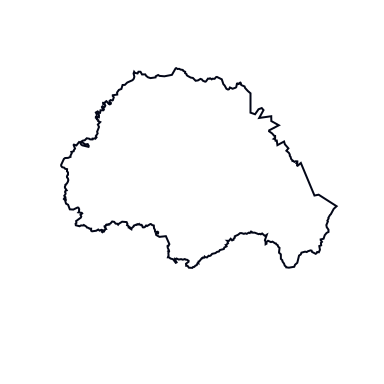 the district of La Yesca, Nayarit, Mexico, rotated 139°
{"feature_id": "50627088B10803570714070", "entity_name": "La Yesca", "entity_type": "district", "adm_level": 2, "iso_a3": "MEX", "parent_name": "Mexico", "parent_adm1": "Nayarit", "projection": "orthographic", "projection_center": [-104.035, 21.59], "detail": "fine", "context": "isolated", "style": "outline", "palette": "ink", "viewbox_px": 384, "rotation_deg": 139, "n_neighbors": 0, "source": "geoboundaries", "source_scale": "gbopen_adm2", "svg_char_len": 6028}
<svg xmlns="http://www.w3.org/2000/svg" viewBox="0 0 384 384"><g transform="rotate(139 192 192)"><path d="M162.7,97.1L162.2,95.8L162.8,94.2L162.6,92.4L165.9,89.4L166.2,88.6L165.8,87.3L166.0,86.5L168.8,83.2L168.6,81.3L169.3,80.1L169.5,77.6L170.3,75.6L170.0,73.7L170.3,73.3L168.5,71.3L163.9,68.5L161.9,69.5L159.0,69.5L152.9,73.8L150.9,73.5L149.2,74.4L145.8,72.8L144.8,71.4L143.6,71.3L140.9,70.2L140.2,69.3L140.7,68.0L139.2,64.2L138.0,64.1L136.9,64.6L135.8,63.3L133.3,64.5L131.4,67.7L129.5,67.0L128.1,69.0L126.6,69.1L126.5,71.1L126.0,71.8L123.4,70.4L120.2,72.3L117.3,72.8L115.2,72.3L113.7,74.1L113.4,77.0L112.3,78.9L108.8,80.6L108.7,81.5L106.3,82.4L106.1,83.0L103.0,84.1L101.9,84.1L96.1,86.3L92.2,86.4L98.2,106.9L101.9,109.0L90.8,142.5L95.1,142.5L95.3,143.1L94.0,144.4L94.3,145.1L92.9,145.4L92.4,146.0L93.6,147.2L95.0,147.6L95.2,149.2L95.8,149.5L95.5,150.0L95.5,151.9L94.5,154.0L94.5,155.1L93.6,156.2L93.2,158.0L93.7,161.2L90.6,161.7L90.6,167.1L89.4,169.7L96.8,171.3L94.3,175.2L95.3,175.9L94.6,177.3L95.4,178.5L93.6,178.5L92.5,179.8L93.1,180.5L93.1,183.6L94.0,187.3L93.3,187.9L82.7,185.4L85.6,193.5L82.5,197.2L92.7,203.8L84.3,206.9L84.3,209.6L87.5,210.8L93.4,209.3L95.8,213.5L83.1,228.1L83.6,231.6L83.7,235.6L83.1,237.2L84.6,240.3L84.5,241.2L83.8,241.9L83.7,242.8L84.4,243.1L85.8,242.8L86.6,243.3L86.4,244.0L87.0,244.3L89.7,242.2L90.6,242.1L93.6,243.3L94.8,246.0L96.6,245.3L97.6,245.7L98.3,247.3L97.5,251.0L97.6,252.7L95.6,257.5L97.7,262.5L98.5,262.9L100.7,262.6L102.3,264.1L103.2,264.1L103.8,266.0L104.8,266.2L105.5,267.1L108.9,266.3L109.7,266.6L110.8,268.9L110.7,270.5L111.4,271.8L114.3,272.3L116.3,273.6L116.5,277.5L117.9,279.2L119.2,282.7L119.3,283.6L118.8,284.7L119.2,286.3L118.3,287.2L119.1,289.1L118.9,290.2L120.3,291.9L120.9,293.4L122.2,294.3L122.7,295.9L123.4,296.0L130.3,293.6L136.9,297.4L140.3,300.9L140.8,302.5L143.4,303.1L144.3,302.4L148.6,305.2L150.0,307.5L150.4,309.9L150.1,311.4L152.6,313.5L152.0,316.5L153.5,317.9L155.3,317.2L156.9,319.3L156.8,320.7L158.3,319.8L159.9,316.8L161.6,315.7L163.5,315.4L169.1,317.1L172.4,316.9L174.2,318.3L177.7,316.1L180.2,317.0L183.2,316.3L184.5,314.6L188.3,317.0L188.8,316.5L188.9,314.8L191.5,313.2L192.0,313.3L193.2,314.8L194.7,314.7L195.1,313.7L194.8,312.3L195.6,311.8L196.6,312.1L197.0,312.9L197.0,316.7L198.0,316.9L199.4,316.5L200.6,317.6L201.3,316.7L200.4,315.2L200.8,314.0L202.6,313.4L203.3,315.4L204.2,315.3L204.6,314.5L204.5,312.0L205.2,311.8L207.4,313.7L209.4,312.1L210.2,313.1L210.3,314.7L212.4,315.1L212.9,313.3L211.0,312.6L212.0,310.8L213.3,309.4L214.0,310.1L214.0,311.9L215.1,311.9L215.9,311.1L215.5,309.7L216.1,309.2L215.6,307.7L216.3,307.0L215.4,305.0L218.8,304.7L219.5,302.1L224.1,299.7L224.8,298.1L227.9,297.3L228.2,295.9L229.5,295.7L229.4,296.1L231.1,296.6L232.0,297.5L232.6,297.0L234.4,298.6L234.6,299.6L236.2,301.6L239.0,301.4L240.7,302.4L242.6,302.7L241.3,297.9L239.3,296.6L239.7,294.5L240.5,294.0L244.2,299.2L244.5,300.6L243.9,302.8L244.4,303.8L248.7,303.0L250.0,305.2L250.5,305.1L251.8,301.5L253.4,301.2L254.6,300.4L256.8,301.4L257.1,300.3L260.1,299.0L260.6,298.2L263.2,299.1L265.5,300.9L267.0,301.0L273.0,298.3L273.6,297.5L273.7,295.9L272.5,294.2L272.5,292.7L271.3,291.2L272.8,289.6L272.7,288.2L274.3,286.3L275.1,286.4L276.3,285.7L276.8,284.9L276.7,283.7L277.5,282.2L278.9,281.2L280.9,280.5L282.8,280.5L283.0,280.0L284.2,279.6L285.1,278.6L285.5,275.5L286.5,275.9L287.8,275.3L288.2,274.0L289.0,273.4L290.9,272.9L290.9,271.2L291.4,270.5L292.2,271.1L293.3,270.8L293.2,269.3L292.4,269.4L292.4,268.7L293.6,268.2L294.7,265.9L293.9,263.6L295.6,259.1L293.1,256.6L288.6,255.4L288.0,254.7L288.4,253.1L290.3,251.2L291.0,251.1L288.9,248.6L288.9,247.9L291.2,247.9L291.6,246.2L292.7,245.6L298.5,246.1L299.5,244.5L300.7,244.4L301.5,243.1L299.3,239.9L297.7,239.6L296.1,238.1L295.3,238.1L294.4,235.0L294.6,234.2L293.5,232.5L293.5,231.6L292.2,230.5L293.5,229.0L293.2,227.9L289.7,225.6L287.4,225.2L287.1,223.5L285.3,223.0L284.8,222.4L285.0,221.5L286.1,221.1L286.0,220.4L284.7,220.4L285.0,220.2L284.3,219.9L283.3,220.8L282.9,220.4L281.4,220.9L281.1,220.6L280.6,222.2L281.0,222.5L280.5,223.5L279.2,223.1L278.6,223.5L278.0,223.1L278.4,223.9L277.1,222.9L274.4,221.7L271.6,222.1L270.3,220.5L270.4,218.3L269.2,217.0L269.2,215.8L267.9,216.0L264.2,215.4L261.1,212.2L261.7,210.2L262.8,209.6L262.3,207.9L263.0,206.9L262.5,206.6L262.8,206.4L262.3,205.6L262.7,205.3L262.2,203.6L261.3,204.3L258.5,204.3L258.0,204.8L254.8,203.7L255.0,203.4L253.2,202.7L253.5,202.4L251.8,200.5L252.1,200.1L251.6,199.4L252.3,197.7L251.6,196.9L250.7,196.5L248.6,196.8L248.3,195.8L244.4,195.1L243.9,194.4L243.8,193.2L242.8,191.8L244.5,189.5L244.7,188.0L245.9,186.3L245.2,185.3L244.0,184.6L243.9,183.8L244.7,183.1L245.2,183.8L246.6,184.2L247.2,183.0L246.0,179.5L240.7,175.8L243.3,167.5L245.0,166.8L245.4,167.3L245.9,167.3L246.9,165.8L247.7,163.1L248.7,163.0L248.5,162.1L249.8,161.6L251.2,159.6L253.0,158.5L252.2,157.8L251.9,155.9L250.4,153.7L250.7,149.2L249.8,149.0L249.2,151.7L248.6,152.6L248.2,151.9L247.3,151.9L246.3,149.7L244.3,148.5L243.3,146.9L241.4,146.1L241.3,145.3L240.2,144.1L239.7,142.3L240.4,141.6L243.6,141.8L244.8,140.1L243.8,139.3L244.0,136.9L241.5,134.5L240.3,134.7L239.4,134.0L237.6,134.2L236.5,133.7L234.6,134.6L234.1,134.0L233.9,134.7L232.8,134.8L232.6,135.2L231.8,134.9L228.0,135.6L227.6,135.1L226.9,135.4L226.0,134.5L224.9,135.0L224.8,134.2L223.6,132.8L221.3,133.0L220.7,132.2L219.7,131.8L217.4,132.1L214.4,130.5L212.4,130.4L210.7,129.4L209.1,129.9L205.4,128.1L204.1,128.9L201.6,128.3L201.3,129.7L200.9,129.4L200.7,129.7L198.4,129.7L198.2,130.5L197.3,131.0L197.4,132.0L196.2,130.9L193.5,131.3L193.5,129.2L192.0,128.7L191.1,129.5L189.7,129.4L188.8,130.5L185.3,129.5L182.7,129.4L181.6,128.5L180.3,126.4L178.9,125.8L178.1,124.5L175.9,124.1L175.3,123.1L173.7,123.4L173.6,122.6L173.1,122.7L172.9,121.5L171.3,120.1L169.4,116.5L168.2,115.9L167.8,114.9L166.3,114.7L165.8,111.2L165.3,110.6L164.1,110.8L163.6,110.7L168.6,107.8L169.1,106.2L170.7,104.3L169.7,104.1L168.8,105.4L166.6,105.3L165.3,102.4L163.8,101.7L163.0,98.8L162.4,98.0L162.7,97.1Z" fill="none" stroke="#020617" stroke-width="2"/></g></svg>